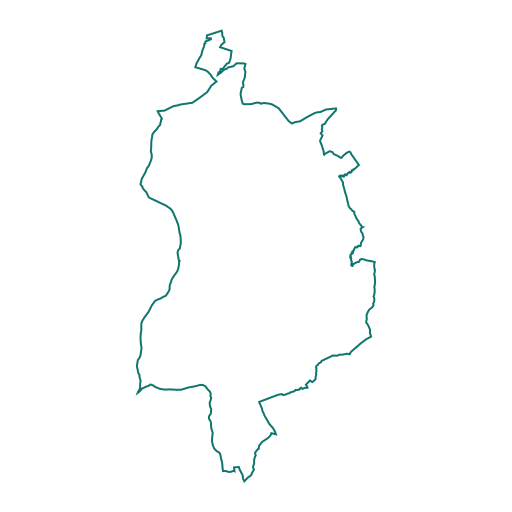 Dragesti, Bihor, Romania (Mercator projection)
{"feature_id": "2599482B88212015741869", "entity_name": "Dragesti", "entity_type": "district", "adm_level": 2, "iso_a3": "ROU", "parent_name": "Romania", "parent_adm1": "Bihor", "projection": "mercator", "projection_center": [22.124, 46.918], "detail": "fine", "context": "isolated", "style": "outline", "palette": "teal", "viewbox_px": 512, "rotation_deg": 0, "n_neighbors": 0, "source": "geoboundaries", "source_scale": "gbopen_adm2", "svg_char_len": 6061}
<svg xmlns="http://www.w3.org/2000/svg" viewBox="0 0 512 512"><path d="M223.0,471.1L225.2,470.9L229.1,472.0L230.8,471.8L232.9,471.1L233.9,470.9L234.5,471.2L234.0,467.4L238.8,467.0L239.5,469.2L242.4,474.8L242.9,476.2L242.8,477.5L243.1,478.9L244.3,481.3L247.9,477.5L250.7,475.6L251.7,474.1L251.8,473.3L253.6,470.4L253.9,469.4L253.1,467.9L253.2,466.4L254.2,463.1L254.1,460.2L254.7,457.6L255.7,455.3L255.0,452.9L256.6,450.6L258.3,448.8L258.8,448.7L259.0,446.1L259.4,445.4L262.0,442.0L267.6,438.3L269.4,436.7L271.0,434.6L271.4,433.2L275.9,434.3L275.2,432.2L273.1,428.2L269.2,423.8L264.4,415.3L263.2,412.2L262.6,411.5L262.0,408.7L260.6,405.2L259.6,403.4L259.2,401.9L278.3,394.7L282.0,394.1L283.2,395.1L285.6,394.6L287.5,393.6L288.2,393.6L289.8,393.0L290.0,392.5L294.5,391.2L295.4,389.9L297.5,390.1L298.0,389.7L299.4,389.6L299.7,388.9L300.5,388.4L300.7,387.8L301.0,387.7L302.3,388.9L304.7,387.9L307.4,387.8L307.4,387.1L305.9,384.7L310.0,380.5L312.2,382.1L313.7,381.0L315.6,379.1L315.6,376.8L316.2,375.0L316.3,374.1L316.0,373.2L316.5,371.1L316.2,368.9L316.4,368.3L316.0,367.5L316.1,366.8L316.7,365.7L317.9,364.7L318.8,363.4L321.0,362.2L321.2,361.5L321.7,360.9L332.9,355.5L337.1,355.7L339.8,354.6L342.3,354.7L347.2,353.7L349.5,354.3L350.0,354.0L350.3,352.7L351.7,351.2L361.2,343.0L366.3,339.2L371.1,336.6L369.9,332.8L370.1,329.8L368.3,325.6L366.2,322.4L366.4,320.4L366.8,319.3L366.5,315.3L367.4,312.9L369.0,309.9L372.2,307.2L373.4,305.7L373.5,305.0L373.1,303.9L374.2,301.2L374.4,299.9L374.1,297.7L373.6,296.4L374.4,294.2L374.4,293.0L374.7,292.1L374.6,288.9L374.3,286.7L374.8,284.8L375.1,281.7L374.7,276.1L374.2,274.7L375.0,270.1L374.6,269.4L374.2,266.6L374.3,263.3L374.8,262.2L372.3,261.4L365.7,260.2L364.8,259.6L361.4,259.0L360.0,259.7L359.9,260.2L358.8,261.9L357.1,262.1L353.2,264.1L352.6,265.3L352.7,265.8L352.2,266.0L351.4,265.5L351.3,264.3L351.5,263.3L351.8,263.0L351.7,261.2L351.1,260.2L351.0,259.0L351.2,258.3L351.0,257.9L350.3,257.8L350.2,257.2L350.3,256.6L350.9,256.1L350.4,255.1L350.5,254.8L351.4,254.2L351.5,253.5L352.1,253.6L353.0,252.9L352.9,252.2L352.2,252.0L352.3,251.5L353.7,250.7L353.9,250.4L353.8,249.7L355.3,247.1L356.6,247.5L357.5,247.2L357.6,246.2L358.8,245.7L360.2,246.2L360.6,246.0L360.9,243.5L361.5,242.0L362.9,239.8L363.4,238.2L363.5,236.7L362.8,235.7L362.5,233.5L361.5,232.2L360.8,230.6L360.6,228.8L362.7,227.2L361.7,227.1L361.5,225.9L359.1,223.1L358.3,220.9L357.0,219.3L354.4,213.9L354.2,211.7L352.5,210.9L351.1,209.1L349.7,207.9L348.6,206.1L346.2,195.4L344.9,191.8L344.1,188.2L343.1,185.0L343.0,182.5L341.1,179.1L339.1,176.3L340.3,175.7L340.3,176.3L340.7,176.5L341.6,175.9L342.0,176.3L342.4,176.3L342.7,175.7L343.2,175.8L343.7,176.6L344.0,176.5L344.3,175.1L344.7,174.6L345.2,174.9L345.5,174.4L345.9,174.4L346.7,175.1L347.5,173.6L348.5,172.7L349.8,171.9L350.1,172.2L349.9,172.7L350.4,172.8L351.3,172.2L351.8,171.3L351.8,170.4L352.9,170.3L353.2,169.5L353.6,169.2L354.2,169.3L358.9,165.0L350.9,153.6L350.6,152.5L349.6,151.7L349.0,151.7L346.7,152.8L343.1,155.8L341.8,157.5L340.8,157.9L337.4,155.7L333.9,154.2L332.4,152.1L329.7,151.2L324.5,154.1L324.2,154.7L323.9,154.5L323.6,151.1L321.5,144.6L320.2,141.6L320.2,140.3L322.5,135.6L320.7,133.3L322.3,131.3L322.4,130.9L321.8,129.3L322.3,127.3L321.9,125.9L322.0,125.3L322.5,124.8L324.8,123.9L326.8,120.6L328.3,118.6L335.9,110.4L336.2,109.1L336.0,108.4L326.0,109.5L320.4,112.0L316.9,112.4L314.6,113.1L307.4,116.9L299.9,121.4L295.1,122.1L291.9,123.5L288.7,121.1L278.7,108.3L272.3,104.5L269.6,103.7L264.0,103.0L260.7,103.7L260.2,103.1L259.2,102.8L256.7,102.6L251.2,104.1L244.0,104.2L242.7,103.6L241.9,101.0L240.8,95.9L240.6,93.6L241.8,87.9L243.3,86.9L243.4,84.5L242.9,82.7L243.1,81.8L244.8,77.5L245.4,71.8L244.3,68.6L245.5,64.0L243.9,63.5L240.7,63.3L236.4,63.4L233.4,66.2L228.0,67.5L226.9,68.6L223.6,70.0L220.9,72.7L217.8,74.8L218.5,72.4L220.0,71.5L220.3,70.8L220.7,68.9L222.4,69.2L226.8,63.7L228.9,62.9L229.9,60.8L230.7,57.8L231.1,53.9L231.6,51.0L220.1,47.2L221.5,44.6L224.5,42.2L223.7,37.7L222.9,36.8L222.4,35.9L222.2,34.4L222.3,33.0L221.6,30.7L206.9,35.4L206.7,38.4L210.7,38.2L211.0,38.6L210.9,39.2L208.8,40.3L205.8,41.3L205.3,41.7L205.2,42.5L205.4,43.3L204.2,44.1L204.3,45.8L202.3,50.8L201.3,55.2L199.2,58.5L197.6,61.6L196.9,62.4L195.3,67.2L205.4,70.2L207.8,71.7L210.8,74.9L212.5,77.7L216.5,81.5L211.2,85.8L207.2,92.1L198.9,98.3L192.2,102.8L180.4,104.5L177.2,105.5L174.1,106.0L172.7,106.5L164.6,110.6L157.7,111.2L158.4,112.8L161.9,118.7L161.0,120.0L161.0,121.1L160.2,124.0L160.2,124.8L157.7,127.5L157.5,128.4L153.8,132.3L152.3,134.6L152.2,136.5L151.6,139.3L151.3,141.8L151.2,148.1L150.8,151.0L151.7,154.8L151.8,157.4L151.0,160.3L148.9,165.7L146.9,168.3L145.3,172.6L141.9,178.5L140.5,184.3L142.5,186.9L142.7,188.1L144.6,190.5L146.5,192.4L148.3,196.5L149.4,197.8L165.8,205.5L170.6,208.8L172.5,211.2L176.8,221.0L178.4,225.5L179.6,233.0L180.3,235.0L180.7,238.6L180.8,243.0L179.8,248.4L178.3,250.1L177.9,251.0L177.5,252.8L178.8,260.1L179.1,260.9L179.5,261.0L179.2,261.5L178.9,265.4L178.1,269.2L177.2,271.3L175.3,274.2L174.4,275.1L171.7,279.5L171.1,281.7L169.9,284.7L169.6,286.9L169.6,289.4L168.8,291.2L166.3,295.1L165.3,296.1L163.4,296.7L160.6,298.5L157.3,299.7L155.2,300.8L151.9,305.2L148.6,311.8L144.5,317.3L142.0,321.4L141.3,323.9L141.3,330.6L140.8,333.4L140.5,337.8L140.8,343.2L141.4,347.0L141.5,348.7L140.4,355.6L139.6,357.7L137.8,360.1L136.9,366.0L138.3,373.0L139.5,375.0L139.6,377.7L140.5,380.2L140.6,381.0L140.2,383.0L140.1,388.2L139.5,389.7L138.1,391.8L137.7,392.9L139.5,391.5L142.1,388.6L146.7,386.4L148.2,386.1L150.4,384.5L152.9,385.3L155.4,387.0L160.0,388.9L164.9,389.6L170.0,389.4L176.5,389.8L181.2,389.7L188.4,387.5L195.6,386.2L199.8,385.0L202.7,384.9L205.4,386.3L207.8,389.5L209.9,391.6L210.7,393.6L210.4,396.0L211.1,397.4L211.1,398.6L209.7,402.8L209.8,404.8L210.3,407.2L211.1,408.7L211.2,409.6L210.9,413.0L210.5,414.2L209.4,415.6L209.0,416.6L208.9,418.1L209.3,419.4L210.6,421.3L211.0,423.6L211.2,427.9L212.7,432.8L211.9,440.7L212.7,444.7L214.1,448.4L216.6,451.1L219.2,452.5L220.2,454.1L221.1,458.6L222.2,463.1L222.6,468.6L223.0,471.1Z" fill="none" stroke="#0f766e" stroke-width="2"/></svg>